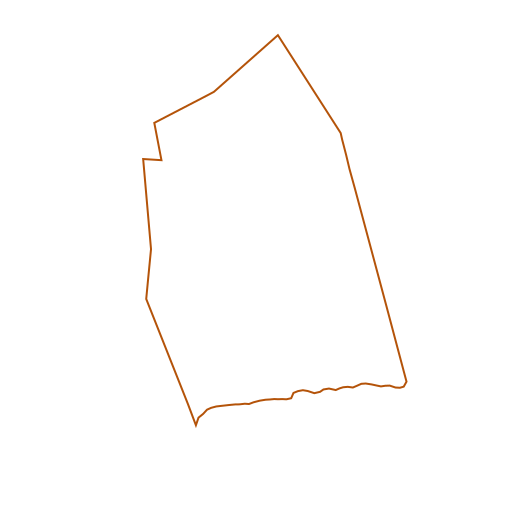 outline of São Miguel do Gostoso, Rio Grande do Norte, Brazil, rotated 152°
{"feature_id": "56859067B76662492887230", "entity_name": "São Miguel do Gostoso", "entity_type": "district", "adm_level": 2, "iso_a3": "BRA", "parent_name": "Brazil", "parent_adm1": "Rio Grande do Norte", "projection": "equal_earth", "projection_center": [-35.72, -5.191], "detail": "fine", "context": "isolated", "style": "outline", "palette": "amber", "viewbox_px": 512, "rotation_deg": 152, "n_neighbors": 0, "source": "geoboundaries", "source_scale": "gbopen_adm2", "svg_char_len": 930}
<svg xmlns="http://www.w3.org/2000/svg" viewBox="0 0 512 512"><g transform="rotate(152 256 256)"><path d="M133.0,440.7L216.1,420.7L222.7,420.7L283.3,421.3L294.5,385.0L310.1,394.6L345.5,311.3L362.6,285.5L373.1,269.6L385.6,157.3L386.3,151.8L388.5,134.8L382.6,140.3L376.8,141.4L371.4,143.3L366.9,143.0L361.7,141.8L356.6,139.8L349.8,137.1L344.0,134.7L340.3,132.8L335.2,130.8L331.7,128.6L326.9,128.0L320.6,126.5L315.0,124.6L311.1,122.8L307.0,121.1L303.8,119.2L300.1,117.4L296.4,115.2L291.7,113.9L287.2,117.5L282.4,117.0L277.6,115.5L273.7,112.5L268.9,107.5L263.2,106.0L259.1,106.5L253.8,104.7L248.5,100.2L244.4,99.9L240.7,99.2L236.4,97.4L232.2,94.4L227.5,94.0L223.0,93.7L219.0,91.9L214.3,88.4L210.4,85.1L206.9,82.2L202.7,80.7L198.8,78.8L194.6,74.4L190.8,72.1L186.9,71.3L182.1,74.4L164.4,150.4L137.0,269.2L132.6,289.0L129.0,302.8L126.6,312.8L125.3,318.3L123.5,324.8L133.0,440.7Z" fill="none" stroke="#b45309" stroke-width="2"/></g></svg>